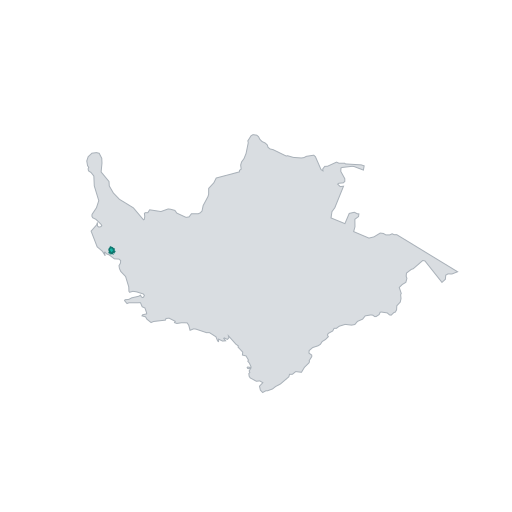 Maria La Baja, Bolívar, Colombia shown in context, rotated 292°
{"feature_id": "7082276B12407148553897", "entity_name": "Maria La Baja", "entity_type": "district", "adm_level": 2, "iso_a3": "COL", "parent_name": "Colombia", "parent_adm1": "Bolívar", "projection": "robinson", "projection_center": [-75.303, 9.961], "detail": "fine", "context": "in_parent", "style": "filled", "palette": "teal", "viewbox_px": 512, "rotation_deg": 292, "n_neighbors": 0, "source": "geoboundaries", "source_scale": "gbopen_adm2", "svg_char_len": 5341}
<svg xmlns="http://www.w3.org/2000/svg" viewBox="0 0 512 512"><g transform="rotate(292 256 256)"><path d="M288.8,76.4L284.4,78.4L275.9,80.9L270.0,91.8L266.0,93.7L261.0,100.1L257.4,108.1L254.7,124.3L247.4,138.1L248.0,138.7L250.9,138.1L253.6,136.6L254.6,137.0L255.6,139.5L259.0,140.1L261.6,151.2L266.7,156.9L267.3,159.1L267.9,163.7L266.1,166.5L265.6,176.7L267.2,179.3L271.0,180.3L273.5,186.6L275.1,188.1L277.5,189.1L283.0,188.1L293.0,189.2L295.4,189.0L301.0,186.8L308.1,189.5L313.4,189.9L327.8,209.1L329.2,208.6L331.0,209.7L334.6,207.7L337.8,207.4L341.9,208.4L347.3,208.4L358.1,206.4L359.7,205.3L365.7,206.4L367.4,207.8L368.3,211.4L367.6,213.6L365.6,215.9L364.4,218.7L364.2,222.2L363.2,224.8L361.3,226.4L360.5,228.9L361.0,232.1L360.0,246.5L360.8,247.7L361.4,253.7L363.9,261.4L365.2,263.6L367.3,265.4L371.1,271.8L370.3,273.9L360.5,283.9L360.0,286.2L361.8,285.3L364.9,286.2L365.9,288.6L373.2,295.5L373.1,298.2L375.2,303.4L374.9,304.5L379.9,319.4L380.1,322.5L375.9,323.4L375.7,313.4L375.1,311.4L370.3,302.6L369.4,301.8L366.2,302.9L360.9,309.4L358.4,310.4L356.5,309.5L354.5,305.6L353.2,304.8L351.9,308.1L353.5,311.0L330.2,311.0L325.6,309.8L319.4,311.3L319.3,326.3L330.4,326.5L333.4,330.8L333.1,334.3L333.6,335.6L331.0,336.3L327.1,333.9L320.2,336.8L315.2,337.4L314.9,354.0L317.9,358.2L323.8,362.6L324.6,365.6L324.2,368.5L325.6,372.0L327.6,373.9L327.5,376.1L328.5,378.5L316.9,448.8L312.8,444.5L311.3,440.7L309.3,439.1L305.4,440.3L301.2,438.3L314.7,414.5L314.3,412.3L303.0,406.5L301.8,405.0L296.5,401.9L293.5,402.8L291.8,404.3L287.7,404.8L284.4,402.3L280.5,400.6L275.7,404.7L274.3,404.6L270.9,406.4L267.3,407.0L262.6,405.2L258.8,406.5L256.2,406.2L255.2,405.0L251.8,403.5L251.4,401.9L252.4,399.0L251.0,393.2L250.4,392.2L247.8,392.1L244.8,390.0L244.3,388.7L244.9,386.4L244.3,384.4L241.4,379.7L237.4,378.5L233.4,374.6L229.5,373.3L227.7,370.5L226.0,364.3L222.0,359.4L219.1,357.7L218.2,355.5L215.2,355.2L211.3,352.0L209.5,351.8L208.3,353.3L204.6,351.7L201.5,349.4L198.3,348.8L196.1,347.3L192.3,342.8L188.2,340.7L185.8,341.5L185.0,344.8L183.6,345.4L178.8,344.5L178.0,345.2L176.7,345.1L170.9,342.6L165.2,341.7L163.7,336.1L160.0,334.1L158.9,331.4L156.3,331.7L146.5,326.6L142.4,323.1L138.9,321.1L135.3,317.1L134.7,315.6L131.9,313.3L133.3,310.3L136.6,308.0L141.1,309.8L141.6,306.3L140.0,303.2L140.8,296.3L141.9,294.7L144.3,293.4L145.8,293.9L146.8,292.7L150.4,293.3L151.5,292.8L154.2,290.0L155.4,287.8L156.7,288.0L159.6,284.2L159.1,280.5L161.9,279.7L164.8,273.5L166.0,273.3L166.7,270.4L171.7,260.3L169.9,261.5L167.9,260.7L168.2,257.3L167.6,256.9L166.0,259.6L164.6,256.9L164.9,252.5L162.7,253.3L162.8,252.3L166.1,249.1L167.5,241.6L166.4,238.9L165.7,227.6L165.1,225.5L162.4,222.7L166.7,219.5L168.2,217.1L166.3,212.1L163.8,207.9L163.7,205.4L165.2,205.6L165.8,198.7L164.4,196.0L162.6,196.0L157.0,185.7L155.0,183.6L156.5,178.6L158.2,176.4L157.8,172.7L159.0,172.9L161.4,176.3L162.4,175.8L166.2,172.5L166.3,169.5L169.4,166.4L165.1,155.8L163.6,154.2L165.4,150.8L166.4,151.0L168.1,154.3L170.7,156.5L174.7,162.3L176.4,163.6L175.2,164.9L174.9,166.3L175.5,167.1L177.7,167.3L178.6,165.7L178.0,158.5L177.1,155.0L175.0,152.4L175.7,151.4L179.7,149.6L188.1,142.8L191.0,136.4L193.2,134.1L195.7,132.6L198.7,133.0L201.1,132.2L201.8,130.1L200.3,125.7L202.0,119.6L202.0,116.5L203.1,114.7L202.7,114.0L199.7,116.1L202.8,111.9L205.0,105.3L217.3,93.8L225.2,96.6L227.7,96.4L224.4,97.8L223.9,99.5L225.1,101.2L226.3,101.7L227.3,100.6L230.0,93.9L230.3,90.2L231.5,88.9L233.2,88.4L241.0,90.0L248.4,89.5L260.4,79.8L269.4,75.7L271.6,71.8L272.2,68.8L273.9,67.7L275.6,67.7L276.6,66.0L280.7,63.5L285.2,63.2L289.9,65.4L292.1,69.4L292.5,72.1L288.8,76.4ZM150.5,292.0L150.0,292.5L148.9,291.6L148.6,290.5L149.2,289.6L150.0,289.9L150.5,292.0Z" fill="#d9dde1" stroke="#a8b0b8" stroke-width="1"/><path d="M204.2,118.6L204.4,119.0L204.2,119.3L204.3,119.3L204.5,119.4L204.4,119.5L204.4,119.8L204.4,120.1L204.5,120.1L204.7,120.3L204.6,120.5L204.5,120.8L204.4,120.9L204.4,121.1L204.5,121.1L204.4,121.1L204.5,121.2L204.4,121.3L204.5,121.4L204.5,121.5L204.6,121.8L204.6,122.0L204.7,121.9L204.8,121.9L205.0,121.8L204.9,121.8L204.9,121.7L205.0,121.6L205.1,121.4L205.2,121.5L205.3,121.5L205.3,121.8L205.6,121.9L206.0,121.9L206.0,122.0L205.6,122.0L205.8,122.1L206.1,122.2L206.2,122.3L206.2,122.5L206.3,122.4L206.3,122.6L206.4,122.8L206.6,123.0L206.8,123.2L207.0,123.3L207.3,123.3L207.3,123.2L207.4,122.9L207.4,122.7L207.6,122.5L207.5,122.4L207.6,122.2L207.8,122.1L208.0,122.0L208.3,122.0L208.5,121.9L208.8,121.9L209.0,121.8L209.3,121.8L209.3,121.7L209.2,121.6L209.3,121.5L209.3,121.4L209.1,121.3L209.1,121.2L208.9,121.3L208.9,121.2L209.0,121.2L209.1,120.9L209.3,120.8L209.3,120.7L209.4,120.4L209.5,120.3L209.5,120.2L209.6,119.9L209.8,119.8L209.8,119.7L209.8,119.4L209.7,119.3L209.7,119.2L209.8,118.9L209.7,118.8L209.8,118.7L209.7,118.5L209.6,118.4L209.4,118.2L209.5,118.2L209.5,117.9L209.6,117.7L209.4,117.7L209.3,117.9L209.2,117.9L208.9,117.9L208.7,117.8L208.7,117.7L208.4,117.6L208.2,117.5L208.1,117.4L207.9,117.3L207.7,117.4L207.4,117.4L207.2,117.4L206.9,117.4L207.0,117.4L206.9,117.4L206.7,117.5L206.4,117.8L206.2,117.8L206.0,118.0L205.9,118.1L205.8,118.3L205.7,118.4L205.8,118.3L205.8,118.5L205.7,118.6L205.6,118.8L205.4,118.8L205.2,118.8L205.3,119.0L205.2,119.0L205.1,118.9L205.0,118.7L204.9,118.7L204.7,118.6L204.4,118.5L204.2,118.6L204.2,118.6Z" fill="#14b8a6" stroke="#0f766e" stroke-width="1.5"/></g></svg>